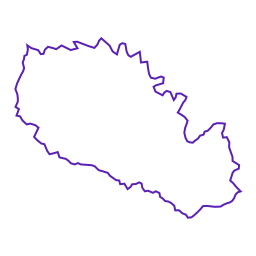 Progresso, Rio Grande do Sul, Brazil
{"feature_id": "56859067B90503543508999", "entity_name": "Progresso", "entity_type": "district", "adm_level": 2, "iso_a3": "BRA", "parent_name": "Brazil", "parent_adm1": "Rio Grande do Sul", "projection": "albers", "projection_center": [-52.306, -29.227], "detail": "fine", "context": "isolated", "style": "outline", "palette": "violet", "viewbox_px": 256, "rotation_deg": 0, "n_neighbors": 0, "source": "geoboundaries", "source_scale": "gbopen_adm2", "svg_char_len": 2233}
<svg xmlns="http://www.w3.org/2000/svg" viewBox="0 0 256 256"><path d="M16.5,115.6L20.1,116.4L22.5,120.5L26.7,124.4L30.2,123.6L35.2,125.1L38.5,127.7L34.1,136.9L36.9,139.9L41.3,143.5L44.4,144.2L47.2,150.9L49.5,154.2L53.2,153.4L57.7,152.1L59.5,157.4L66.0,158.9L68.9,161.2L70.9,163.3L74.7,164.4L78.0,163.1L80.7,164.4L91.6,165.2L94.6,166.2L98.8,170.2L102.4,171.2L107.7,172.8L110.0,175.8L113.1,178.0L116.2,180.2L119.2,180.5L120.2,184.2L124.4,183.7L127.6,189.1L130.6,186.9L132.1,184.3L135.9,184.0L139.2,182.4L141.6,183.6L142.3,187.7L144.8,191.3L148.0,190.7L152.9,192.8L155.8,191.3L159.4,193.0L160.1,196.9L162.6,198.4L165.1,201.0L168.6,201.6L171.3,203.1L174.3,205.8L175.2,210.3L179.1,210.3L182.2,213.2L185.9,214.7L187.9,217.7L191.5,217.3L194.0,215.4L197.3,212.4L200.2,209.5L203.0,206.1L206.9,205.9L211.1,206.4L214.9,206.8L218.0,206.7L220.8,206.5L223.2,204.9L226.8,203.3L230.0,202.4L232.2,200.9L234.1,198.2L235.7,194.3L237.9,192.2L240.6,191.4L236.3,187.0L233.3,183.3L230.2,180.5L231.6,176.2L232.6,172.9L234.3,170.6L238.8,168.6L239.1,165.1L236.0,163.1L232.6,161.0L232.5,156.9L229.1,147.3L229.3,142.3L226.8,137.2L223.1,137.6L222.0,133.1L223.8,129.5L224.9,123.7L221.7,123.3L217.0,123.2L213.4,124.4L210.7,127.8L207.8,130.7L204.7,131.6L203.6,134.6L200.0,135.7L198.0,138.6L195.2,140.5L192.7,142.7L189.8,142.3L187.3,141.3L185.5,137.8L184.3,132.7L185.2,127.7L186.5,124.3L187.6,120.7L184.6,116.9L181.3,114.7L177.8,112.6L179.4,109.9L181.7,105.5L183.3,102.4L185.3,100.2L186.5,96.9L180.7,93.5L176.5,93.7L175.6,97.5L173.8,100.0L170.4,92.1L166.7,90.9L164.3,92.6L162.6,95.3L155.5,91.6L153.6,86.8L155.8,85.4L163.1,83.2L163.7,77.6L161.0,76.5L155.2,78.7L150.9,77.7L149.1,74.0L148.3,69.8L147.2,61.7L141.0,62.5L139.8,51.8L130.8,56.8L128.4,55.3L126.7,51.8L125.3,44.0L122.3,43.2L119.7,44.8L116.9,54.4L112.6,51.4L109.6,45.6L101.3,38.3L99.1,40.7L97.4,44.6L94.4,47.9L88.9,46.2L82.6,43.8L77.1,41.7L73.8,42.0L77.5,48.3L70.7,50.0L61.5,45.5L56.2,49.2L53.4,48.2L48.0,46.8L44.9,49.7L43.5,53.8L40.7,54.1L38.2,50.2L31.3,48.1L27.3,45.3L27.9,49.4L26.8,54.8L24.4,55.9L24.0,59.1L22.7,62.4L23.4,65.3L24.1,68.2L23.1,71.3L21.6,73.9L19.4,78.3L17.1,83.4L15.4,89.0L17.4,94.5L17.9,99.0L17.7,102.0L15.5,106.9L18.9,109.1L16.5,115.6Z" fill="none" stroke="#5b21b6" stroke-width="2"/></svg>